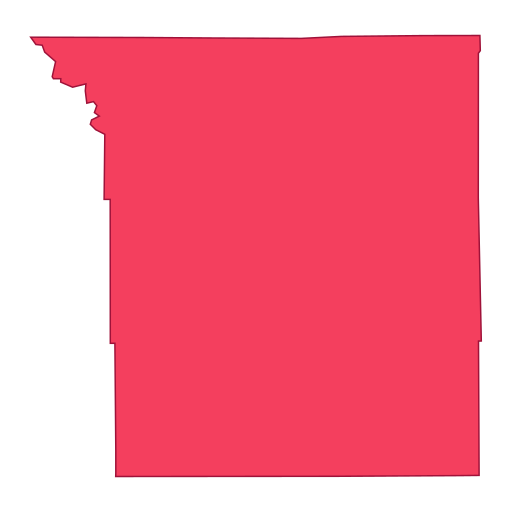 outline of Johnson, Wyoming, United States of America
{"feature_id": "52423323B17781084985346", "entity_name": "Johnson", "entity_type": "district", "adm_level": 2, "iso_a3": "USA", "parent_name": "United States of America", "parent_adm1": "Wyoming", "projection": "robinson", "projection_center": [-106.875, 44.028], "detail": "fine", "context": "isolated", "style": "filled", "palette": "rose", "viewbox_px": 512, "rotation_deg": 0, "n_neighbors": 0, "source": "geoboundaries", "source_scale": "gbopen_adm2", "svg_char_len": 608}
<svg xmlns="http://www.w3.org/2000/svg" viewBox="0 0 512 512"><path d="M458.9,475.6L479.1,475.4L478.5,341.1L481.3,341.0L478.3,197.7L478.4,53.2L480.3,50.7L479.9,35.5L423.8,35.6L341.5,36.4L301.5,38.4L214.1,38.0L141.8,37.5L30.7,37.2L35.9,44.5L42.2,45.2L44.7,52.1L55.6,61.6L52.2,76.7L53.4,78.7L60.8,78.7L60.7,82.1L72.6,87.2L85.9,83.9L85.3,90.9L86.8,103.2L93.5,101.6L96.8,105.7L94.4,112.6L99.3,116.1L91.6,119.9L90.3,124.3L95.7,129.7L104.8,134.3L104.1,199.4L110.2,199.4L110.3,343.3L114.9,343.3L115.8,450.5L115.8,473.2L115.7,476.5L336.4,476.3L458.9,475.6Z" fill="#f43f5e" stroke="#9f1239" stroke-width="1.5"/></svg>